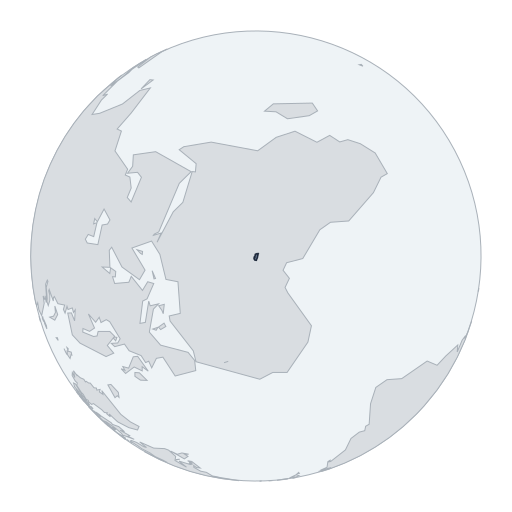 Mayo-Kebbi Ouest on an orthographic globe, rotated 242°
{"feature_id": "TCD-4858", "entity_name": "Mayo-Kebbi Ouest", "entity_type": "Prefecture", "adm_level": 1, "iso_a3": "TCD", "parent_name": "Chad", "parent_adm1": "", "projection": "orthographic", "projection_center": [14.975, 9.209], "detail": "fine", "context": "on_globe", "style": "filled", "palette": "slate", "viewbox_px": 512, "rotation_deg": 242, "n_neighbors": 0, "source": "natural_earth", "source_scale": "10m", "svg_char_len": 8736}
<svg xmlns="http://www.w3.org/2000/svg" viewBox="0 0 512 512"><g transform="rotate(242 256 256)"><circle cx="256" cy="256" r="225" fill="#eef3f6" stroke="#a8b0b8"/><path d="M179.8,44.0L180.1,43.9L174.9,45.8L180.0,44.1L184.6,42.4L188.4,41.3L189.3,41.1L182.8,43.3L181.4,43.7L180.0,44.3L176.4,45.6L178.7,44.9L170.7,48.0L179.8,44.9L174.5,47.4L168.9,49.6L168.0,49.3L155.5,54.4L179.8,44.0ZM135.8,65.5L128.3,70.9L122.3,75.1L115.4,80.7L119.3,78.1L126.2,72.8L131.8,70.0L139.5,64.6L143.0,63.0L151.5,58.2L151.8,59.2L147.5,63.0L140.4,67.3L138.3,69.4L146.4,66.0L134.4,75.5L128.8,84.9L125.6,87.7L116.8,91.0L113.5,88.5L102.2,95.5L111.1,91.7L102.8,100.0L102.1,101.9L103.5,102.2L107.3,99.5L104.8,102.8L95.0,107.2L97.1,104.2L100.2,102.6L98.6,101.9L92.0,106.1L88.3,110.6L82.2,114.3L79.5,117.8L76.6,121.0L81.3,115.0L72.7,126.3L65.6,135.5L75.1,121.8L85.5,108.8L96.8,96.6L109.0,85.3L122.1,74.9L135.8,65.5ZM33.6,220.1L34.9,213.3L36.4,210.1L33.9,223.0L36.6,212.3L36.1,219.5L40.4,222.7L39.5,225.4L42.8,243.9L50.3,254.2L52.0,264.5L50.7,270.0L54.2,272.9L54.3,276.9L71.8,287.8L83.7,300.1L85.3,313.6L79.3,327.1L82.9,357.8L74.5,364.6L78.6,376.6L82.7,392.4L76.8,388.6L84.9,398.5L86.9,402.8L84.8,401.6L89.9,407.8L88.7,406.8L93.4,411.7L97.3,415.9L84.1,401.7L72.2,386.3L61.7,370.0L52.6,352.8L44.7,334.0L41.4,324.5L40.8,322.5L36.3,305.8L33.1,288.8L31.3,271.7L30.7,254.4L31.5,237.2L33.6,220.1ZM48.1,169.2L44.7,179.4L44.4,178.9L45.0,177.2L47.0,172.0L48.1,169.2ZM54.8,154.9L55.4,153.6L55.2,154.0L54.8,154.9ZM150.8,58.0L151.1,58.1L149.3,58.9L150.8,58.0ZM154.1,56.1L151.8,57.0L153.1,56.2L154.5,55.7L154.1,56.1ZM156.7,55.2L155.6,54.8L157.9,53.5L165.1,50.5L156.7,55.2ZM185.7,42.0L180.8,43.7L184.0,42.5L185.7,42.0ZM201.1,37.5L186.8,41.6L187.0,41.6L201.1,37.5ZM190.1,40.7L190.4,40.6L197.0,38.6L197.7,38.7L195.4,39.2L190.1,40.7ZM194.3,39.6L197.9,38.8L195.6,39.7L190.4,40.8L194.3,39.6ZM198.4,38.2L201.6,37.4L200.0,37.8L198.4,38.2ZM189.5,43.3L189.6,42.7L193.1,41.5L189.5,43.3ZM199.5,38.5L200.2,38.2L201.6,37.8L203.5,37.5L199.5,38.5ZM209.8,35.5L210.5,35.4L215.3,34.4L215.9,34.3L209.2,35.7L213.0,34.9L213.6,34.8L207.4,36.1L209.2,35.6L209.8,35.5ZM209.5,36.2L201.7,38.4L200.7,39.6L197.6,40.5L199.8,38.5L209.5,36.2ZM208.8,36.0L208.5,36.3L204.8,37.0L202.7,37.4L208.8,36.0ZM219.7,33.7L219.0,33.8L219.7,33.7ZM209.9,36.3L211.8,35.8L210.3,36.3L209.9,36.3ZM217.5,34.2L216.8,34.2L218.5,33.9L217.5,34.2ZM216.2,35.0L213.6,35.6L212.1,35.7L216.2,35.0ZM217.4,34.5L220.0,34.1L213.1,35.4L216.8,34.5L217.4,34.5ZM219.3,33.9L220.1,33.7L219.4,34.0L219.3,33.9ZM223.3,34.6L215.1,36.2L211.7,36.3L220.2,34.6L223.3,34.6ZM120.9,436.2L120.3,435.5L122.2,436.8L123.0,437.7L120.9,436.2ZM465.0,171.9L464.9,171.6L468.0,180.3L471.8,191.4L478.0,217.6L478.7,222.6L477.9,217.6L474.3,207.4L477.2,223.9L480.1,235.9L481.2,251.5L480.6,247.5L479.0,234.0L477.7,230.0L475.5,215.7L469.5,195.9L468.7,201.0L466.3,192.8L457.9,177.7L455.4,184.9L452.9,209.5L456.7,231.1L454.0,241.6L440.8,212.8L433.3,193.0L429.5,195.8L415.0,180.8L392.9,183.4L388.9,178.6L384.9,181.7L374.6,177.7L368.1,169.8L362.3,171.1L379.3,191.8L385.5,190.7L389.4,181.4L393.1,189.2L402.9,195.2L395.2,216.4L360.9,238.3L356.2,222.4L322.9,181.4L323.1,176.5L322.9,176.0L322.4,175.1L320.8,183.0L314.6,175.1L333.9,203.7L337.7,216.6L360.5,239.3L358.7,242.0L365.6,246.5L385.9,238.1L386.4,243.6L377.6,269.9L348.1,306.9L351.3,329.5L347.9,349.0L327.8,363.2L327.9,377.7L317.4,383.5L315.6,391.7L306.2,400.8L291.0,409.6L267.1,410.6L266.9,403.4L256.8,389.4L243.4,354.3L250.8,337.6L249.2,324.7L231.8,296.1L235.7,279.9L230.7,273.2L220.6,275.0L214.6,266.9L208.4,266.8L168.4,272.2L155.6,261.4L138.6,228.8L145.3,216.2L145.4,201.5L190.8,153.4L201.7,156.1L238.9,149.6L243.8,151.2L240.9,162.2L269.9,175.0L277.6,165.5L302.6,171.9L318.2,170.8L321.3,150.2L295.6,151.4L289.8,142.0L309.2,132.5L331.5,132.7L329.9,129.1L314.6,121.7L318.5,115.0L309.2,118.7L313.9,122.1L308.2,124.9L303.6,122.0L305.1,119.6L298.1,118.3L292.5,131.4L296.6,136.3L278.9,139.6L284.1,148.3L279.7,152.8L269.3,139.7L269.4,134.8L251.0,121.9L249.3,127.1L266.5,140.1L261.7,139.2L259.5,147.5L257.3,140.5L238.9,126.1L222.1,129.9L202.8,150.8L192.6,152.8L183.1,149.0L188.0,128.3L210.4,126.3L212.4,120.0L206.2,111.4L213.5,111.9L213.7,108.5L222.0,107.8L231.9,99.5L240.0,98.5L242.3,88.7L246.8,87.2L244.1,93.1L246.7,97.2L266.7,96.0L270.1,93.9L270.0,87.9L275.5,88.8L272.8,83.3L283.5,80.8L268.2,79.6L267.6,73.7L273.2,69.2L270.2,67.3L261.2,74.8L260.0,78.1L263.5,81.2L258.0,91.5L251.5,93.5L246.8,82.7L237.0,84.8L237.6,76.4L261.7,59.7L272.6,56.8L294.0,63.0L292.4,66.3L283.9,65.4L293.3,71.1L291.8,68.3L296.4,69.4L297.0,64.9L300.3,65.5L295.2,60.6L299.3,60.9L302.5,64.0L306.9,58.7L314.9,58.9L314.3,57.5L311.4,55.9L323.6,57.7L322.6,56.6L318.3,55.6L313.5,53.0L309.8,49.3L314.2,50.1L316.1,51.5L326.8,56.1L331.3,60.4L332.7,60.4L329.9,57.0L316.9,51.2L313.4,48.9L319.9,51.1L317.3,50.1L316.9,49.2L320.7,49.3L313.7,46.8L304.0,38.8L310.4,39.0L317.2,41.3L315.1,38.9L322.5,40.8L318.4,39.6L317.4,39.2L332.4,44.1L347.1,50.0L361.3,56.8L375.0,64.7L388.1,73.5L400.6,83.3L412.4,93.8L423.4,105.2L433.5,117.3L442.8,130.1L451.2,143.5L458.6,157.5L465.0,171.9ZM176.8,177.7L176.0,182.0L176.8,177.7ZM356.4,144.0L368.8,143.9L360.7,132.0L364.8,131.2L360.6,127.7L360.1,131.2L349.3,121.8L353.8,118.0L351.0,113.2L346.7,113.1L340.3,121.7L355.6,134.7L353.9,139.9L356.4,144.0ZM40.7,222.7L40.9,225.6L40.0,225.1L40.7,222.7ZM42.6,183.8L42.4,184.7L41.7,187.0L42.5,184.1L42.6,183.8ZM44.4,190.1L44.9,192.1L43.7,192.2L44.4,190.1ZM44.3,181.3L44.0,189.0L41.7,190.9L42.2,186.4L42.8,186.4L44.3,181.3ZM51.5,161.6L50.9,162.9L50.0,165.0L51.5,161.6ZM54.7,155.4L55.6,153.4L54.7,155.4ZM103.4,99.7L104.1,99.4L104.8,100.4L102.9,101.4L103.4,99.7ZM116.9,98.1L112.6,103.5L114.4,100.0L111.0,101.9L110.5,97.5L123.9,89.0L117.9,93.4L116.9,98.1ZM113.7,90.1L112.4,93.3L113.2,90.2L113.7,90.1ZM206.6,92.6L210.0,94.4L207.6,98.2L197.3,101.4L200.6,95.7L206.6,92.6ZM215.2,96.3L213.5,85.7L219.8,84.0L216.6,86.6L220.9,86.5L216.8,90.9L224.6,100.3L223.0,104.4L204.9,106.8L211.7,103.5L208.0,101.6L215.2,96.3ZM197.8,67.9L197.1,65.0L211.7,64.7L210.7,67.6L200.3,70.4L195.5,68.7L197.8,67.9ZM169.6,50.6L168.4,50.7L170.2,49.9L172.7,49.2L169.6,50.6ZM189.3,43.1L176.7,49.9L174.7,50.2L169.8,54.7L162.6,57.4L166.0,54.2L156.7,60.1L156.9,58.3L151.3,62.4L159.7,55.0L159.5,54.2L162.4,54.0L169.1,51.4L171.9,50.1L179.7,46.0L182.6,43.6L189.7,41.3L193.9,40.4L194.3,40.6L189.6,41.9L193.5,41.2L187.0,43.3L189.3,43.1ZM239.3,39.1L233.7,39.0L240.4,41.0L233.9,41.9L235.1,42.1L231.0,43.7L228.0,46.1L224.9,46.3L225.1,47.2L222.4,48.6L221.6,50.0L215.7,51.1L214.3,53.1L212.3,52.5L211.4,55.7L209.4,53.9L205.7,55.9L209.6,56.6L179.6,62.3L168.5,67.2L160.4,72.7L158.0,69.7L164.2,63.1L174.5,56.0L185.5,52.2L182.4,51.9L186.8,50.1L187.3,51.1L189.0,48.7L192.8,47.6L202.0,43.2L202.1,41.2L205.5,39.8L207.3,40.1L209.4,38.7L215.1,38.5L217.6,37.7L225.8,37.0L227.8,38.6L230.5,37.7L236.9,37.6L239.3,39.1ZM225.6,34.4L229.5,35.3L227.9,36.5L214.3,37.3L211.2,38.0L202.4,39.2L205.0,37.7L207.2,37.4L210.0,36.8L208.1,37.5L211.7,36.6L215.0,36.3L218.7,35.6L218.9,36.0L225.6,34.4ZM248.6,147.0L252.2,147.4L257.7,146.7L256.4,152.3L248.6,147.0ZM235.8,137.3L239.0,136.5L239.9,143.3L236.1,143.3L235.8,137.3ZM240.0,130.5L239.1,135.9L237.3,133.0L240.0,130.5ZM247.0,92.3L250.3,91.5L250.9,92.8L249.5,95.0L247.0,92.3ZM257.9,47.7L255.0,46.9L255.7,46.4L252.8,43.7L257.4,43.2L260.9,44.6L257.9,47.7ZM317.4,153.9L313.3,158.0L310.8,156.3L312.7,155.2L317.4,153.9ZM283.7,155.2L291.8,157.4L283.3,156.7L283.7,155.2ZM262.4,46.7L260.7,45.6L264.0,46.1L262.4,46.7ZM260.6,42.8L264.4,43.0L257.6,42.8L260.6,42.8ZM376.4,436.9L375.8,438.9L373.4,439.5L376.4,436.9ZM382.2,342.7L364.6,377.5L355.2,378.5L354.9,368.9L362.4,348.2L373.9,341.4L379.9,331.5L382.2,342.7ZM480.5,274.9L480.6,269.1L477.1,240.8L478.4,240.3L481.2,256.3L481.2,259.7L481.2,263.2L480.5,274.9ZM457.5,233.0L461.5,245.1L459.7,247.8L457.5,233.0ZM298.9,45.1L297.9,49.0L300.3,52.4L306.3,54.9L297.4,53.4L293.8,48.2L298.9,45.1ZM302.9,39.3L297.6,37.8L300.1,37.9L301.7,38.2L302.9,39.3ZM299.6,38.8L292.7,38.2L289.8,37.1L295.8,37.7L299.6,38.8ZM277.7,41.2L277.1,42.3L274.3,41.7L277.7,41.2ZM299.8,35.0L304.6,36.1L302.1,35.6L299.3,34.9L299.8,35.0Z" fill="#d9dde1" stroke="#a8b0b8" stroke-width="1"/><path d="M253.9,252.9L255.1,253.2L255.0,253.7L255.1,254.2L255.3,254.2L255.7,254.1L255.9,254.1L256.1,254.2L256.2,254.3L256.2,254.5L256.4,254.7L256.4,255.3L256.6,255.4L256.9,255.7L257.3,255.9L257.5,256.0L257.8,256.1L257.8,256.3L257.8,256.6L257.8,256.8L257.7,256.8L257.6,257.3L257.5,257.5L257.6,257.8L257.3,258.0L257.1,258.8L257.2,259.0L256.9,259.1L256.8,258.9L256.5,258.6L256.4,258.3L256.3,258.2L256.2,258.2L255.9,258.1L255.9,257.9L255.7,257.7L255.4,257.6L254.4,256.9L253.6,256.2L253.5,255.9L252.4,254.6L252.0,254.3L252.0,254.2L252.2,253.9L252.6,253.6L252.9,253.1L253.0,253.0L253.9,252.9Z" fill="#64748b" stroke="#1e293b" stroke-width="1.5"/></g></svg>